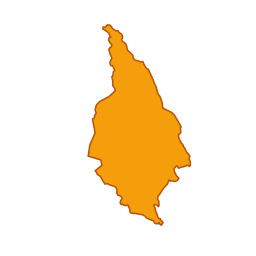 outline of Andorinha, Bahia, Brazil, rotated 334°
{"feature_id": "56859067B23692820001253", "entity_name": "Andorinha", "entity_type": "district", "adm_level": 2, "iso_a3": "BRA", "parent_name": "Brazil", "parent_adm1": "Bahia", "projection": "natural_earth1", "projection_center": [-39.857, -10.251], "detail": "fine", "context": "isolated", "style": "filled", "palette": "amber", "viewbox_px": 256, "rotation_deg": 334, "n_neighbors": 0, "source": "geoboundaries", "source_scale": "gbopen_adm2", "svg_char_len": 4387}
<svg xmlns="http://www.w3.org/2000/svg" viewBox="0 0 256 256"><g transform="rotate(334 128 128)"><path d="M161.8,36.1L160.1,35.5L159.3,34.6L158.6,33.6L158.1,32.6L157.6,31.2L157.5,30.2L157.4,29.3L157.2,28.3L156.6,27.3L155.7,27.1L154.8,26.2L153.7,26.4L152.9,27.1L151.6,27.5L150.3,26.4L149.3,27.0L148.8,27.9L149.3,28.8L150.0,29.6L150.4,30.4L150.8,31.3L151.3,32.0L151.8,33.2L152.1,34.4L152.2,35.8L152.2,37.4L152.2,38.9L151.1,38.5L150.2,39.0L149.3,40.0L148.9,40.9L149.2,42.1L149.1,43.3L149.4,44.8L150.0,46.2L149.4,46.9L148.8,47.6L147.9,47.7L146.7,48.0L145.9,48.4L145.0,49.5L144.8,50.7L144.7,52.4L144.2,54.0L144.3,55.7L144.3,57.6L143.6,58.7L142.5,59.3L141.5,60.0L140.5,61.2L140.1,62.4L139.9,63.5L140.3,64.8L141.3,65.1L141.4,66.1L141.4,67.6L141.4,69.1L141.2,70.3L140.3,70.8L139.1,71.3L138.5,72.8L137.6,73.9L136.6,74.6L135.8,75.0L135.5,76.5L135.2,77.8L134.8,79.2L132.9,82.9L133.1,84.6L133.3,85.9L133.2,86.8L133.1,87.9L132.9,88.9L127.7,90.6L123.9,91.6L123.0,91.3L121.6,91.4L119.7,91.7L118.7,91.6L117.6,91.5L116.6,91.7L115.5,91.8L114.6,91.7L113.5,92.0L112.1,92.5L110.8,93.0L109.5,93.7L108.5,94.7L107.8,95.7L106.9,96.6L106.2,97.8L106.1,99.1L106.0,100.5L105.3,101.1L104.2,101.7L103.3,102.4L102.9,103.4L102.3,104.0L101.1,104.2L100.0,104.4L96.3,117.9L89.3,123.9L86.3,126.5L79.9,135.8L89.5,144.8L88.3,150.0L79.8,152.0L80.0,153.1L80.2,154.2L80.0,155.5L80.3,156.7L81.0,158.0L81.8,158.9L82.0,159.8L82.1,160.9L81.9,161.8L82.2,162.9L82.2,164.4L82.3,165.7L82.6,166.6L82.5,168.0L83.9,168.7L85.4,169.1L85.9,170.3L86.7,171.1L87.8,172.2L88.5,173.1L89.5,173.9L90.4,174.8L90.8,175.8L91.1,177.2L91.1,178.4L90.4,179.8L89.7,180.9L89.4,182.1L89.4,184.0L90.6,185.0L91.2,185.7L91.7,186.6L91.9,187.9L91.7,189.1L90.1,189.8L88.9,190.7L88.1,191.8L88.2,193.0L88.7,194.0L89.7,194.0L90.2,195.2L91.1,196.1L91.8,196.8L93.0,196.9L94.1,197.2L94.4,198.2L93.8,199.1L94.3,200.2L93.9,201.2L93.8,202.7L93.0,204.0L93.2,205.7L94.3,206.3L95.0,206.8L95.6,207.5L96.7,207.8L98.1,208.4L98.8,209.5L99.7,209.9L100.8,210.6L101.5,211.3L102.4,211.9L103.5,212.8L104.0,214.0L104.7,214.7L104.9,215.8L105.2,217.0L106.2,218.1L107.0,219.3L108.0,220.2L108.5,221.1L109.4,221.5L110.1,222.7L110.2,224.0L110.2,225.1L111.0,226.1L112.1,226.8L113.2,227.3L113.7,226.5L114.7,226.7L114.7,227.7L114.5,228.9L115.0,229.7L116.2,229.8L117.0,228.9L118.0,228.6L118.0,227.4L117.6,226.2L117.1,225.2L117.2,223.7L116.1,222.9L115.8,221.5L116.0,219.8L116.2,218.4L116.5,217.3L116.3,216.1L116.6,214.7L116.7,213.6L117.2,212.4L117.3,211.2L117.2,210.2L117.6,208.6L118.9,208.8L119.8,209.5L120.5,210.7L120.8,211.9L121.6,211.7L122.3,210.2L123.2,208.4L123.6,207.3L123.4,205.1L124.2,203.6L125.1,202.4L126.2,202.1L133.5,197.8L137.3,196.3L138.7,195.8L142.0,192.7L142.3,193.6L142.9,194.4L143.8,194.4L144.6,195.0L145.7,195.9L146.7,196.7L148.1,196.8L149.3,196.8L150.4,196.3L151.4,195.9L151.4,194.3L150.9,193.1L150.6,192.1L150.6,191.1L150.7,189.9L150.5,188.7L150.7,187.5L151.0,186.3L151.3,185.3L152.0,184.5L153.8,183.9L154.6,183.3L155.5,183.4L155.7,185.2L155.7,186.2L164.8,187.7L166.0,188.1L166.2,189.4L167.6,189.0L168.4,187.3L169.2,185.8L169.4,184.0L169.2,182.9L169.7,181.9L170.4,181.5L171.3,180.2L171.1,178.5L170.7,177.0L170.2,176.0L170.1,174.9L170.0,173.8L170.3,172.4L170.1,170.8L169.8,169.3L169.9,168.1L170.0,166.8L169.6,165.7L169.2,164.9L169.4,163.7L169.3,162.1L169.2,160.6L169.5,159.6L169.6,158.6L169.9,157.5L170.4,156.3L171.8,155.9L173.3,155.5L173.9,154.5L174.3,153.3L174.7,151.8L175.3,150.9L176.2,150.3L176.0,148.9L176.2,147.5L175.3,136.4L174.9,135.6L174.5,134.7L174.3,133.5L167.9,125.2L168.4,124.2L169.0,122.6L169.5,121.3L169.8,120.0L169.9,119.1L170.1,117.9L170.3,116.5L170.3,115.3L170.5,114.4L170.5,113.4L170.3,112.2L170.0,110.9L170.2,109.6L170.3,108.1L170.5,107.0L170.6,106.0L171.0,104.9L171.3,103.4L171.3,102.1L171.3,101.0L171.3,100.0L171.3,98.8L171.5,97.4L171.7,95.9L171.7,93.9L171.8,92.7L171.8,91.7L171.8,90.6L171.9,89.2L171.9,87.9L172.0,86.8L172.0,85.4L171.9,83.9L171.0,83.2L170.6,81.7L170.4,80.6L170.3,78.9L170.3,77.6L170.5,76.1L170.4,74.7L169.4,74.6L168.6,74.3L168.0,73.6L167.3,72.8L166.5,72.2L165.7,71.4L164.9,70.8L164.1,70.1L163.4,67.1L163.8,65.9L164.3,64.6L163.8,63.3L163.3,62.2L163.0,61.2L162.8,60.1L162.0,59.2L161.9,57.9L161.9,56.2L162.6,54.5L162.7,53.3L162.8,52.0L162.7,50.8L162.1,49.5L161.4,48.6L160.9,47.0L161.2,45.4L162.4,44.7L163.3,43.6L163.4,42.3L163.3,40.9L162.9,39.8L162.0,38.6L161.7,37.3L161.8,36.1Z" fill="#f59e0b" stroke="#b45309" stroke-width="1.5"/></g></svg>